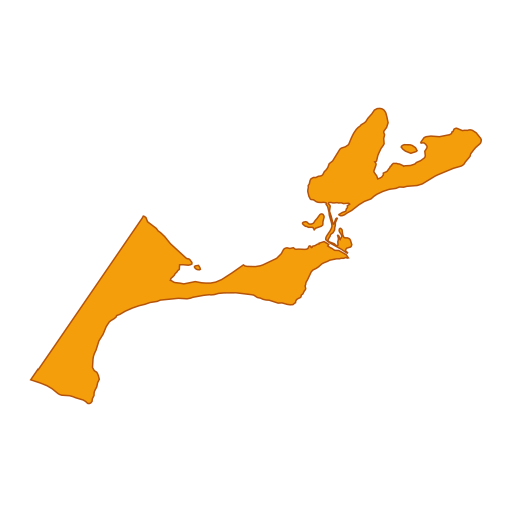 the district of Queenscliffe, Australia
{"feature_id": "25037944B23801424172448", "entity_name": "Queenscliffe", "entity_type": "district", "adm_level": 2, "iso_a3": "AUS", "parent_name": "Australia", "parent_adm1": "", "projection": "robinson", "projection_center": [144.661, -38.265], "detail": "fine", "context": "isolated", "style": "filled", "palette": "amber", "viewbox_px": 512, "rotation_deg": 0, "n_neighbors": 0, "source": "geoboundaries", "source_scale": "gbopen_adm2", "svg_char_len": 6099}
<svg xmlns="http://www.w3.org/2000/svg" viewBox="0 0 512 512"><path d="M30.7,379.8L40.3,383.0L47.2,385.8L52.2,388.8L57.8,393.4L59.4,394.4L61.7,395.2L69.6,395.7L73.1,396.7L75.5,397.7L83.2,400.0L85.5,401.4L87.7,403.4L89.1,403.6L90.7,403.0L92.0,401.5L92.4,398.7L94.0,395.5L94.1,392.7L94.6,391.0L96.7,386.9L97.7,382.5L99.3,379.3L98.4,375.7L97.3,373.1L96.5,372.1L94.2,370.6L92.5,367.5L93.0,359.0L93.5,356.2L94.4,353.5L96.1,349.9L98.9,340.9L103.1,334.2L106.2,326.6L109.2,322.0L110.9,320.6L114.1,318.7L116.1,317.0L116.5,315.8L117.0,315.4L119.8,314.4L125.0,311.3L132.2,308.1L139.1,305.7L144.9,304.3L150.1,302.5L157.2,301.4L160.3,300.1L178.4,298.3L187.1,298.8L190.7,298.1L192.8,297.3L203.8,295.3L209.4,294.7L211.0,294.9L214.2,294.6L218.5,293.4L224.1,292.9L236.2,292.8L251.7,294.7L253.7,295.1L257.4,297.5L260.4,298.1L263.0,299.3L266.1,300.0L269.2,300.2L278.1,303.1L282.0,302.9L287.3,304.4L290.3,304.8L293.0,304.6L294.6,303.2L295.5,302.7L295.8,300.9L296.6,299.6L297.9,298.7L300.6,297.4L301.0,296.7L301.3,295.1L302.8,294.0L304.4,290.8L305.4,289.7L305.7,288.6L305.1,285.9L305.7,284.4L305.9,282.6L307.5,279.8L311.1,272.1L312.5,270.4L313.5,269.7L316.2,268.4L318.6,266.8L321.9,263.8L324.3,262.6L327.7,261.3L329.6,260.2L336.6,258.8L339.5,258.8L341.0,258.3L343.7,258.3L345.9,257.5L347.2,258.1L348.4,257.9L346.2,254.7L338.8,250.5L334.6,250.3L331.5,248.1L331.2,248.2L327.7,246.0L328.7,244.4L324.1,241.6L319.1,243.2L319.2,243.8L317.4,244.2L314.9,245.7L312.9,246.1L312.4,246.4L312.1,247.3L311.7,247.6L311.2,247.5L310.4,246.1L309.5,245.9L309.0,246.2L308.0,248.4L306.6,249.2L304.7,249.4L298.6,249.1L295.9,249.3L294.9,249.0L293.4,247.7L289.9,248.5L287.0,247.8L285.3,248.2L284.1,248.9L283.5,249.6L281.3,253.7L276.7,258.3L274.9,259.2L262.9,264.9L260.2,265.8L255.4,266.6L247.1,266.4L245.0,266.0L243.4,264.9L232.0,272.9L221.6,279.6L215.7,282.1L210.5,283.1L206.0,283.1L201.7,282.8L195.2,281.6L183.8,283.9L180.3,283.2L175.3,282.6L174.0,282.3L171.6,280.8L170.3,280.3L170.7,279.6L170.8,278.6L174.1,275.5L175.2,273.6L177.0,271.9L177.8,270.5L179.3,269.4L179.6,264.8L182.8,264.7L188.3,265.2L190.2,264.8L191.9,264.0L191.9,262.4L189.8,259.6L188.8,258.9L187.2,258.7L186.1,258.1L170.4,243.7L164.7,236.6L160.6,232.7L158.1,230.9L156.3,228.4L147.6,221.8L145.9,217.5L144.3,216.4L143.3,216.1L142.3,218.0L54.7,345.8L38.3,369.6L37.9,369.3L30.7,379.8ZM327.6,241.4L330.5,243.3L341.4,249.3L346.9,253.0L347.4,253.1L347.6,252.7L345.7,250.9L345.5,250.4L345.8,249.3L346.9,248.1L350.6,247.0L351.3,246.2L351.8,244.7L350.5,240.4L349.6,238.9L347.6,237.9L344.9,237.8L344.0,237.4L343.6,236.8L342.7,234.7L342.1,230.0L341.5,229.1L340.5,228.3L340.0,228.4L339.3,229.1L339.1,230.8L339.6,232.1L341.3,234.6L341.8,236.4L340.1,239.6L339.5,238.8L339.3,237.0L338.6,235.7L337.9,235.2L337.6,235.5L338.4,238.2L338.3,239.9L337.8,241.7L338.0,244.9L337.9,245.3L337.1,245.7L335.7,245.2L334.2,243.7L329.2,241.8L328.1,240.9L328.1,239.6L330.1,236.2L330.5,234.6L333.1,232.6L334.4,230.3L334.7,229.4L334.7,227.8L335.3,225.6L335.4,222.6L337.3,218.4L337.0,218.1L336.5,218.2L335.7,219.0L334.2,223.2L333.6,224.1L333.1,223.9L331.2,216.3L329.5,211.2L330.2,206.2L329.9,205.3L328.6,204.0L328.4,203.4L328.9,202.6L330.9,202.4L332.7,202.9L334.5,202.9L337.1,202.6L338.6,203.0L341.3,202.8L343.4,203.6L348.5,203.2L349.5,203.7L349.7,204.2L347.3,205.8L347.5,207.3L347.0,208.3L346.3,209.0L345.9,210.9L345.1,211.5L342.5,212.4L338.9,214.5L339.0,215.0L340.4,215.7L342.1,215.7L344.3,214.9L347.4,212.8L351.6,210.5L359.0,204.7L364.4,201.4L371.0,198.9L373.9,196.3L377.0,194.2L382.9,191.4L389.3,189.3L395.8,188.4L399.5,187.0L403.6,187.2L407.0,186.3L417.2,185.5L422.3,183.9L435.1,176.1L437.8,174.8L453.4,168.3L461.1,166.1L462.6,165.3L464.0,164.1L465.3,162.0L470.0,156.4L470.7,153.8L474.2,149.2L475.9,147.3L480.1,143.6L481.0,142.0L481.3,139.9L480.7,138.4L476.2,132.8L472.5,130.4L470.8,129.9L469.1,129.9L467.6,130.4L464.7,130.3L462.4,130.6L456.6,128.2L455.4,128.4L454.0,129.2L453.0,131.6L452.0,131.9L451.5,133.6L449.6,134.7L439.5,136.7L430.9,136.1L426.1,136.7L424.1,137.6L421.0,142.0L420.8,142.8L421.2,143.1L422.8,142.8L424.1,143.0L425.7,144.3L427.0,146.2L427.1,147.1L426.7,148.3L424.8,151.2L425.3,155.9L424.8,157.4L424.4,157.9L420.6,160.7L416.4,162.5L414.9,164.0L410.5,165.5L404.9,165.8L403.5,166.3L403.2,165.7L399.5,164.0L397.6,163.8L396.7,163.4L393.3,163.4L391.7,164.9L391.5,165.7L390.3,166.4L389.9,167.5L386.9,171.5L383.3,173.1L383.3,175.0L381.8,177.0L380.2,178.0L377.7,178.9L376.8,176.0L374.2,172.4L373.8,171.2L375.8,165.6L376.1,164.1L375.4,162.5L374.8,161.9L376.0,161.5L376.6,160.8L377.8,155.6L378.5,153.8L381.0,148.5L383.4,145.2L384.1,143.7L383.7,138.5L384.6,134.9L383.7,132.4L383.8,131.3L386.6,127.4L388.1,122.8L386.9,116.9L385.9,113.2L385.5,112.2L383.8,109.9L381.9,108.8L379.9,108.4L377.2,108.6L374.4,110.1L371.9,113.8L367.8,118.4L365.9,121.5L364.3,122.9L361.1,124.8L360.3,125.9L358.0,127.6L356.2,129.5L353.7,133.2L351.5,137.6L348.6,144.6L345.4,146.8L341.3,148.1L339.9,149.2L332.6,161.0L329.2,163.7L327.8,167.5L326.5,169.5L324.3,171.7L322.7,174.8L321.8,175.5L320.6,176.0L318.3,176.3L315.9,177.5L313.4,177.5L311.0,178.8L310.1,180.4L309.3,183.9L308.2,185.6L308.3,187.6L307.8,190.0L307.8,191.7L308.9,196.3L310.3,199.0L311.0,199.5L313.5,199.8L316.3,201.7L318.1,202.3L321.0,202.5L323.7,202.3L325.9,202.7L326.3,203.5L326.1,204.4L327.3,206.0L327.9,207.6L329.0,212.1L329.3,215.2L331.6,223.2L332.0,226.2L331.3,228.5L330.2,230.7L327.1,235.3L326.0,237.3L325.7,238.9L325.8,239.7L327.6,241.4ZM322.9,221.9L324.1,217.1L324.0,216.1L323.1,214.5L321.9,213.9L320.7,214.1L319.9,214.6L316.9,218.7L315.3,220.4L313.6,223.0L312.9,223.5L311.2,224.1L309.6,224.1L308.6,223.7L306.9,222.0L305.6,221.7L303.3,222.2L302.6,222.9L302.5,223.4L303.1,224.5L305.4,226.3L306.9,226.5L308.3,227.3L312.2,227.3L313.1,227.7L314.2,229.8L315.7,228.2L321.1,226.3L322.6,225.2L322.9,224.2L322.9,221.9ZM405.4,151.1L410.8,153.3L416.0,151.6L417.1,150.7L415.5,147.7L412.3,145.5L410.1,144.8L404.1,144.7L402.7,145.3L401.5,146.2L401.2,147.1L403.0,149.3L405.4,151.1ZM195.5,268.6L196.8,269.4L197.9,269.7L199.5,269.8L200.4,269.3L199.8,267.4L198.5,265.4L195.7,265.8L194.5,266.4L194.5,267.3L195.5,268.6Z" fill="#f59e0b" stroke="#b45309" stroke-width="1.5"/></svg>